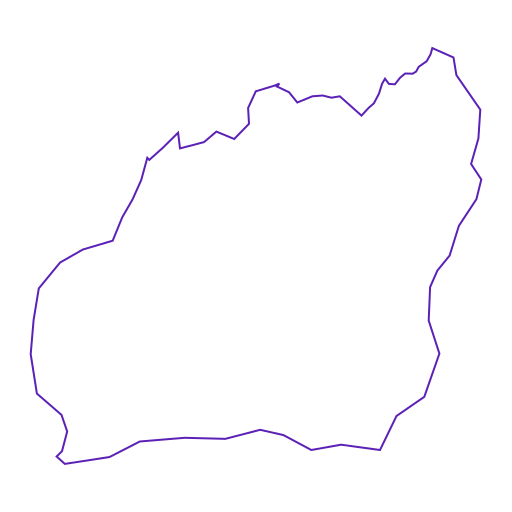 the district of Gerovasa, Limassol, Cyprus
{"feature_id": "46923920B72071673146267", "entity_name": "Gerovasa", "entity_type": "district", "adm_level": 2, "iso_a3": "CYP", "parent_name": "Cyprus", "parent_adm1": "Limassol", "projection": "equal_earth", "projection_center": [32.737, 34.814], "detail": "fine", "context": "isolated", "style": "outline", "palette": "violet", "viewbox_px": 512, "rotation_deg": 0, "n_neighbors": 0, "source": "geoboundaries", "source_scale": "gbopen_adm2", "svg_char_len": 1050}
<svg xmlns="http://www.w3.org/2000/svg" viewBox="0 0 512 512"><path d="M279.4,83.6L274.9,85.5L255.8,91.3L248.1,108.0L249.0,123.8L234.2,139.0L216.4,131.6L204.0,142.1L180.0,148.4L178.1,132.7L162.7,147.9L149.3,159.9L147.3,157.8L141.2,180.1L132.6,199.3L122.2,217.4L112.7,240.7L82.9,249.5L60.1,262.5L38.8,288.4L33.6,320.0L30.7,354.2L36.9,393.6L50.2,405.1L61.5,414.9L67.2,431.5L62.0,451.2L56.6,456.5L64.8,463.9L109.6,457.0L139.8,441.5L171.2,438.9L184.7,437.8L223.6,438.8L225.1,438.9L260.2,429.8L283.5,435.1L311.3,450.0L341.0,444.7L380.0,450.0L396.5,416.0L424.3,396.8L439.4,353.6L428.7,320.6L430.1,287.1L437.4,270.5L449.6,255.6L458.9,225.8L476.4,199.2L481.3,179.5L471.1,164.0L478.4,138.5L480.3,109.7L480.0,109.2L456.4,75.1L453.5,57.5L432.3,48.1L430.6,54.2L426.7,61.2L418.7,66.8L416.1,71.6L412.6,73.7L405.2,73.5L400.2,77.6L394.9,84.3L388.9,83.9L385.0,78.7L382.0,83.9L379.0,93.6L373.9,103.3L368.8,107.7L361.5,115.6L339.8,96.3L331.5,97.7L322.7,95.5L312.4,96.3L297.3,102.5L289.0,92.2L276.9,86.5L279.4,83.6Z" fill="none" stroke="#5b21b6" stroke-width="2"/></svg>